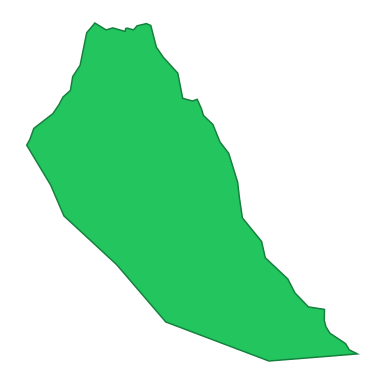 outline of San Mateo Cajonos, Oaxaca, Mexico
{"feature_id": "50627088B20375223993214", "entity_name": "San Mateo Cajonos", "entity_type": "district", "adm_level": 2, "iso_a3": "MEX", "parent_name": "Mexico", "parent_adm1": "Oaxaca", "projection": "equal_earth", "projection_center": [-96.196, 17.154], "detail": "fine", "context": "isolated", "style": "filled", "palette": "green", "viewbox_px": 384, "rotation_deg": 0, "n_neighbors": 0, "source": "geoboundaries", "source_scale": "gbopen_adm2", "svg_char_len": 767}
<svg xmlns="http://www.w3.org/2000/svg" viewBox="0 0 384 384"><path d="M26.7,145.2L50.6,185.0L50.9,185.6L63.9,215.9L116.7,264.7L165.8,322.0L268.9,361.0L357.3,353.9L349.2,349.8L345.5,343.6L329.9,333.2L325.9,326.7L324.3,320.5L324.5,309.4L308.4,306.9L295.0,293.0L287.8,279.0L265.3,257.8L261.6,241.5L242.4,217.9L239.6,199.1L237.6,182.1L229.0,154.2L228.7,153.4L228.6,153.2L220.0,142.0L212.9,124.5L203.5,115.5L201.4,108.7L197.2,99.3L192.5,101.0L182.7,98.3L177.8,73.2L163.3,57.3L156.4,47.2L150.8,25.5L146.4,23.6L137.1,25.8L133.5,29.9L127.6,28.2L125.7,28.5L125.1,31.4L112.7,27.9L106.1,29.9L94.8,23.0L92.1,26.4L86.7,32.7L80.1,65.3L72.7,76.6L70.4,90.4L63.0,97.0L58.9,104.8L52.8,113.7L33.8,128.4L29.9,139.3L26.7,145.2Z" fill="#22c55e" stroke="#15803d" stroke-width="1.5"/></svg>